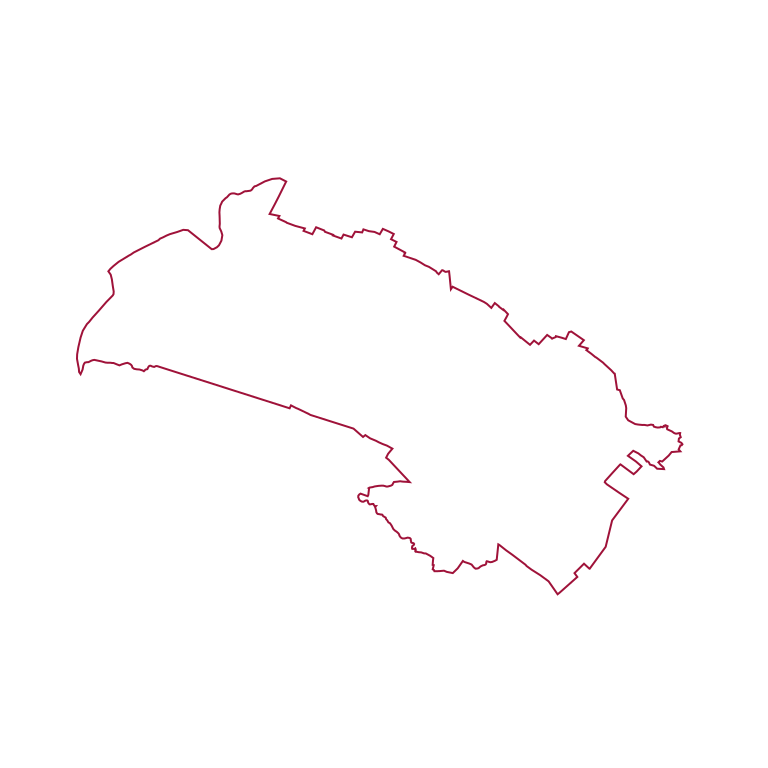 outline of Zaragoza, Puebla, Mexico, rotated 109°
{"feature_id": "50627088B7057522682097", "entity_name": "Zaragoza", "entity_type": "district", "adm_level": 2, "iso_a3": "MEX", "parent_name": "Mexico", "parent_adm1": "Puebla", "projection": "orthographic", "projection_center": [-97.566, 19.746], "detail": "fine", "context": "isolated", "style": "outline", "palette": "rose", "viewbox_px": 768, "rotation_deg": 109, "n_neighbors": 0, "source": "geoboundaries", "source_scale": "gbopen_adm2", "svg_char_len": 6139}
<svg xmlns="http://www.w3.org/2000/svg" viewBox="0 0 768 768"><g transform="rotate(109 384 384)"><path d="M413.0,115.7L410.2,126.5L406.3,140.6L405.0,143.3L403.7,143.3L393.8,139.1L383.2,134.5L383.0,134.3L388.0,118.6L384.5,116.6L378.0,113.7L375.2,120.7L372.5,130.0L366.0,126.6L366.8,120.9L367.9,117.8L368.7,114.6L371.8,110.4L371.3,109.5L371.8,108.1L373.6,106.3L373.4,102.1L373.9,100.9L375.2,98.1L375.1,97.9L373.3,91.5L371.9,92.6L370.2,96.6L368.8,98.7L368.7,99.0L366.9,98.1L366.7,95.7L359.0,91.5L354.7,89.9L351.2,81.9L349.9,84.1L345.5,83.7L345.0,82.6L343.8,82.2L342.8,83.7L342.4,86.8L339.5,87.4L337.7,86.1L335.7,87.7L334.0,88.0L334.3,88.9L335.7,91.2L336.0,92.3L335.9,93.8L335.1,96.4L334.6,101.5L333.4,102.2L331.6,102.1L331.4,103.5L331.4,104.6L332.8,104.7L332.7,105.9L334.1,106.3L334.3,108.3L335.1,108.8L336.1,111.1L336.4,113.1L336.4,115.0L335.1,116.2L335.5,118.4L337.4,121.4L337.9,124.4L338.6,126.3L339.6,130.5L340.1,133.5L339.3,138.3L338.8,141.3L336.2,144.8L328.0,147.1L325.5,148.4L321.0,151.8L319.9,153.6L313.1,159.0L313.3,161.8L304.1,166.6L299.1,169.2L299.1,169.8L297.0,173.7L293.4,182.0L292.5,183.8L289.8,192.1L289.8,192.8L287.9,197.9L286.1,203.7L284.6,203.0L284.0,202.9L284.4,212.1L281.7,211.0L277.5,209.3L273.4,224.0L274.8,226.0L282.3,226.7L282.4,231.2L282.8,237.0L283.7,236.9L286.0,239.5L286.4,239.8L286.4,240.1L286.0,240.5L284.5,245.7L296.0,250.7L294.1,256.3L299.4,258.7L295.3,270.0L295.8,270.2L293.9,273.9L287.8,285.5L285.1,290.7L280.5,289.9L277.6,289.5L274.7,295.1L275.2,295.2L273.5,300.4L273.1,300.8L271.4,305.6L277.1,307.3L274.7,312.8L273.9,316.2L271.9,333.5L269.7,350.8L272.6,351.6L260.2,357.3L256.2,359.2L256.4,359.7L257.0,360.5L257.9,362.2L257.9,362.9L257.8,363.6L257.6,364.2L257.4,365.0L257.4,365.7L257.5,366.1L258.2,366.4L262.4,368.0L261.4,370.4L260.5,371.4L259.3,376.6L258.6,379.7L258.4,383.9L257.2,389.0L256.3,394.3L256.4,407.1L255.1,406.9L253.4,406.6L253.3,407.1L252.8,407.0L251.8,412.9L250.8,419.1L245.6,418.4L244.8,424.5L239.0,423.6L238.2,429.5L237.7,435.6L243.8,436.8L243.3,442.5L244.4,448.0L244.5,453.8L247.8,454.0L249.4,460.9L255.7,462.1L255.9,470.9L260.3,471.6L260.2,480.7L259.5,480.6L259.3,489.4L258.3,490.5L257.9,499.2L265.7,500.5L265.4,509.9L262.7,509.5L263.4,519.4L263.2,528.6L262.9,529.0L262.0,538.1L259.2,537.6L260.2,545.3L260.5,547.5L249.7,545.8L241.4,544.6L225.0,542.5L224.4,542.4L223.4,549.4L226.5,556.5L231.2,562.6L238.4,569.4L239.3,570.8L241.3,571.7L242.6,572.0L243.4,572.3L244.6,573.1L245.2,574.2L246.7,577.2L246.8,577.8L247.5,578.8L249.4,580.4L251.0,581.9L251.6,582.8L252.2,583.6L252.4,584.6L252.5,587.4L252.9,588.8L253.4,589.9L253.9,590.7L255.1,591.8L258.6,593.3L259.9,594.3L264.2,596.4L266.6,596.6L268.6,596.9L272.2,596.3L275.3,595.5L278.3,594.3L280.9,593.3L283.6,592.3L286.0,591.4L288.6,590.8L290.0,590.2L292.8,587.5L295.9,585.3L301.4,584.4L306.6,585.2L309.1,586.5L311.9,589.1L312.6,590.8L302.4,619.4L303.6,624.0L307.5,628.9L312.0,635.2L314.4,637.9L317.3,640.7L319.5,643.1L321.3,644.0L321.6,644.2L332.1,654.7L341.1,663.4L344.1,665.6L345.6,667.0L354.9,674.7L360.5,678.2L364.2,680.2L367.2,681.3L369.6,678.0L373.6,675.4L379.9,672.2L384.5,669.7L387.1,669.0L388.6,669.3L396.8,673.2L407.7,677.6L416.1,681.2L421.2,683.0L424.1,684.4L431.7,686.1L438.9,686.0L448.6,685.0L455.8,683.8L460.1,682.5L465.8,679.3L468.7,677.6L471.9,676.2L473.5,674.1L468.5,673.7L464.5,674.3L462.7,674.2L461.2,673.8L460.2,672.2L459.5,670.5L457.2,668.3L456.2,667.0L455.5,665.7L455.3,664.1L454.8,660.0L454.6,658.4L454.4,654.4L454.0,652.7L453.4,650.9L452.9,649.3L452.7,648.1L452.2,646.6L452.3,644.7L452.4,643.2L452.5,640.2L450.8,638.3L448.6,635.3L447.5,633.4L447.7,631.0L448.2,629.3L449.1,628.1L450.3,627.3L451.0,625.2L450.6,622.5L449.9,619.9L449.8,616.7L450.1,615.2L449.2,614.7L448.2,614.3L447.6,613.6L447.0,612.6L445.1,612.4L444.1,612.2L443.2,611.7L442.7,610.6L442.9,608.9L442.8,608.1L442.7,606.9L442.0,606.2L441.4,605.6L441.0,604.7L440.9,603.2L440.9,602.0L437.7,465.3L434.5,465.0L435.4,458.9L435.4,457.8L435.8,454.1L436.9,445.0L437.0,444.6L437.2,443.5L436.1,398.3L440.9,386.6L438.4,385.0L439.9,379.4L440.3,373.1L440.8,370.0L441.2,365.6L441.3,361.2L442.4,355.0L446.0,356.4L448.7,357.4L453.0,358.0L454.1,354.8L468.4,327.8L469.2,331.0L470.2,334.5L470.7,337.1L471.9,339.4L473.4,342.7L474.6,343.0L476.7,343.3L477.9,344.4L479.8,347.2L480.2,348.4L480.2,349.8L480.4,351.8L481.0,353.4L482.0,355.8L483.4,358.5L484.0,359.6L485.2,361.2L485.8,362.4L486.7,364.0L487.2,364.4L487.2,364.2L494.1,362.7L495.4,362.9L495.3,370.5L496.5,371.4L498.0,371.9L499.5,371.5L500.1,370.9L501.5,369.8L502.2,368.2L502.4,366.7L502.1,365.3L501.6,364.7L500.7,364.0L499.9,363.0L499.6,361.9L499.9,361.2L501.3,360.4L501.9,359.6L502.5,358.5L502.3,357.9L501.8,357.0L501.2,356.0L500.9,355.0L501.6,354.4L502.2,353.3L502.6,353.0L502.1,351.9L503.3,352.3L503.5,352.1L506.1,350.3L507.7,349.5L508.6,348.5L508.9,347.6L508.5,345.3L508.5,344.7L508.1,343.5L508.2,342.9L508.8,342.4L509.2,341.7L509.8,338.9L511.1,338.0L511.9,336.5L513.4,334.8L513.7,333.0L515.4,330.7L516.9,329.2L518.2,327.8L519.1,325.8L519.5,324.2L519.9,323.1L520.6,321.6L521.3,320.7L522.3,320.1L523.6,318.3L523.9,317.2L524.0,316.2L523.5,314.6L522.8,313.4L521.6,311.7L521.3,310.2L521.3,309.2L521.9,308.2L523.3,307.7L523.7,307.3L524.9,306.7L525.1,306.0L524.9,304.2L525.5,303.4L526.2,303.4L527.0,303.7L527.5,304.2L528.2,304.5L529.8,304.2L530.5,303.8L530.7,303.6L530.6,303.2L530.2,302.4L530.2,301.7L529.2,300.9L529.9,300.3L530.7,299.9L531.8,300.1L532.3,299.5L532.0,298.5L531.7,296.3L531.1,294.0L531.1,290.9L530.6,289.3L531.4,284.4L532.5,280.7L535.4,280.1L539.2,279.1L539.1,278.0L543.4,277.6L543.6,276.3L544.6,275.4L543.1,271.2L541.0,266.5L541.2,263.5L540.4,257.4L534.3,254.3L525.6,251.8L526.1,250.2L526.0,245.0L526.2,242.4L528.1,239.4L528.8,237.4L528.2,235.9L527.3,234.6L526.0,233.9L524.6,232.9L523.2,231.4L522.4,229.9L521.5,229.1L520.6,228.9L519.0,229.3L518.2,229.2L518.0,228.2L518.0,226.8L517.9,225.5L517.1,223.9L515.0,221.5L513.5,220.2L498.4,223.7L498.6,222.6L501.5,214.4L503.7,207.0L508.8,191.4L509.7,189.9L511.5,184.1L513.9,174.0L517.0,164.1L526.3,151.4L524.1,150.0L503.5,138.4L500.8,142.3L488.8,136.4L491.7,129.8L491.7,129.4L465.8,121.4L438.7,123.9L413.0,115.7Z" fill="none" stroke="#9f1239" stroke-width="2"/></g></svg>